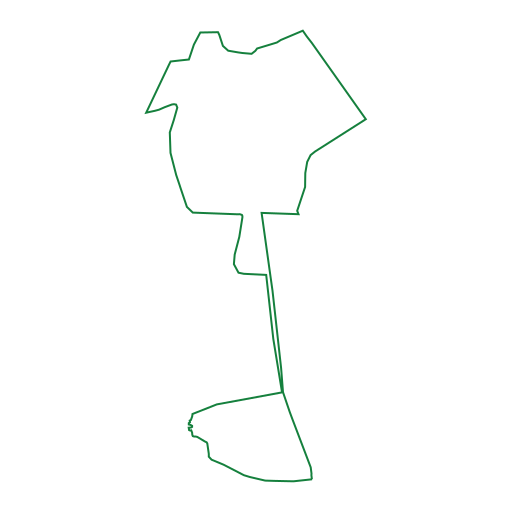 Al Galabat Al Gharbyah - Kassab, Gedarif, Sudan (Natural Earth projection)
{"feature_id": "16777658B97978388224054", "entity_name": "Al Galabat Al Gharbyah - Kassab", "entity_type": "district", "adm_level": 2, "iso_a3": "SDN", "parent_name": "Sudan", "parent_adm1": "Gedarif", "projection": "natural_earth1", "projection_center": [35.305, 13.365], "detail": "fine", "context": "isolated", "style": "outline", "palette": "green", "viewbox_px": 512, "rotation_deg": 0, "n_neighbors": 0, "source": "geoboundaries", "source_scale": "gbopen_adm2", "svg_char_len": 1470}
<svg xmlns="http://www.w3.org/2000/svg" viewBox="0 0 512 512"><path d="M312.0,479.3L311.9,479.3L311.4,475.2L311.5,473.5L310.7,467.3L292.3,418.9L289.7,411.9L283.0,392.2L281.1,368.0L278.2,341.9L272.5,290.7L270.3,275.1L261.6,212.9L298.5,214.2L297.2,210.8L305.1,187.0L305.2,179.4L305.3,173.0L307.2,161.9L310.6,155.1L315.1,151.5L365.8,119.2L311.8,42.9L307.9,37.9L306.6,36.2L305.5,34.6L302.8,30.7L280.8,40.0L276.9,42.5L270.7,44.4L269.7,44.7L257.1,48.5L255.3,50.9L251.6,53.8L242.3,53.0L238.1,52.4L228.2,50.7L222.9,45.9L219.3,34.9L218.0,32.2L200.3,32.5L193.9,44.6L188.9,59.5L180.4,60.4L170.6,61.5L169.1,64.5L163.2,76.9L146.2,112.7L148.4,112.2L154.9,110.8L159.0,109.7L164.7,107.2L171.9,104.5L174.0,104.2L176.1,104.6L177.3,107.6L173.8,120.0L169.8,132.4L170.5,152.9L176.2,175.0L179.5,184.8L180.4,187.6L186.9,206.9L192.8,212.6L237.8,214.3L239.8,214.2L241.9,214.9L242.4,216.0L242.4,217.4L239.3,236.9L234.7,254.5L233.9,264.2L238.5,272.7L243.8,273.8L266.2,274.9L273.3,338.9L282.0,392.1L282.0,392.4L216.8,404.4L192.5,414.0L192.2,416.4L190.9,420.0L189.7,420.6L190.0,422.2L188.8,423.1L188.8,424.5L190.5,424.9L192.1,425.8L192.1,426.9L191.1,427.5L188.7,427.7L189.1,430.1L190.1,430.5L191.2,430.3L192.1,432.6L192.3,434.8L192.8,436.1L194.0,436.5L195.5,436.5L197.2,436.9L198.1,437.4L204.9,441.5L206.6,442.3L207.3,443.5L208.8,453.9L208.8,456.7L211.6,459.7L223.6,464.7L243.9,475.2L249.8,477.0L265.2,480.6L274.7,480.9L293.5,481.3L312.0,479.3Z" fill="none" stroke="#15803d" stroke-width="2"/></svg>